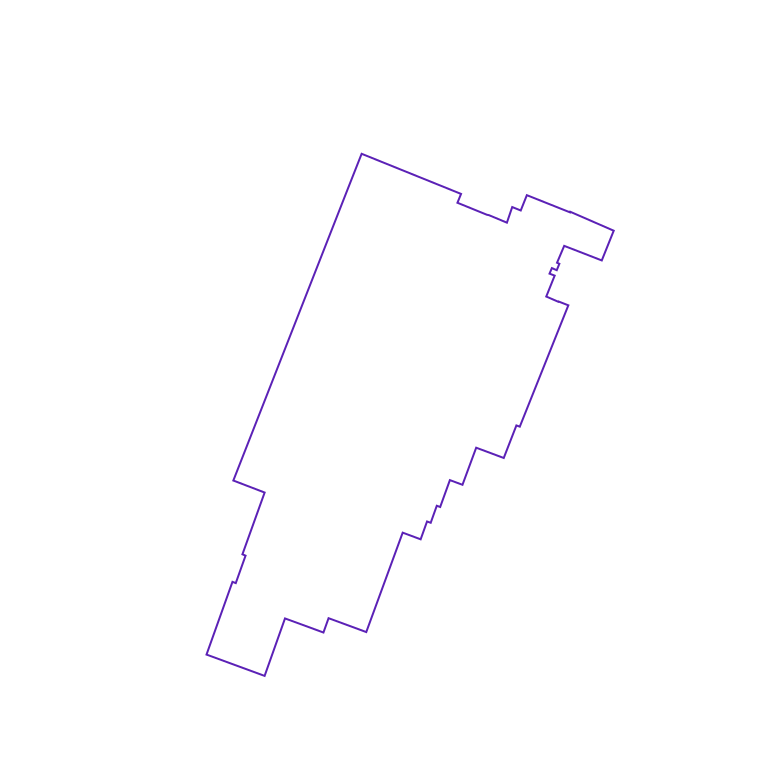 Hipólito Yrigoyen, Buenos Aires, Argentina (Mercator projection), rotated 156°
{"feature_id": "61730980B95014527534109", "entity_name": "Hipólito Yrigoyen", "entity_type": "district", "adm_level": 2, "iso_a3": "ARG", "parent_name": "Argentina", "parent_adm1": "Buenos Aires", "projection": "mercator", "projection_center": [-61.733, -36.272], "detail": "fine", "context": "isolated", "style": "outline", "palette": "violet", "viewbox_px": 768, "rotation_deg": 156, "n_neighbors": 0, "source": "geoboundaries", "source_scale": "gbopen_adm2", "svg_char_len": 766}
<svg xmlns="http://www.w3.org/2000/svg" viewBox="0 0 768 768"><g transform="rotate(156 384 384)"><path d="M540.4,181.6L529.9,192.6L501.1,164.6L427.4,240.6L413.7,227.2L400.6,240.9L397.8,238.2L385.3,251.3L382.7,248.8L362.9,269.4L353.3,260.0L325.7,288.3L304.7,267.7L279.9,292.3L277.3,289.8L183.6,380.9L191.0,388.4L191.3,388.2L200.2,397.9L184.0,413.6L187.9,417.5L183.5,421.6L179.9,417.7L174.9,422.5L176.6,424.4L163.2,436.9L134.8,408.3L111.8,430.6L143.8,465.6L144.2,465.1L176.7,498.4L188.5,486.9L194.9,493.5L206.1,481.4L219.5,495.6L221.1,496.7L243.2,519.7L236.3,526.3L310.8,603.4L338.2,576.5L560.9,357.1L537.2,333.4L582.6,286.0L580.3,283.5L600.4,262.4L602.9,264.9L656.2,209.0L611.8,165.9L569.8,210.1L540.4,181.6Z" fill="none" stroke="#5b21b6" stroke-width="2"/></g></svg>